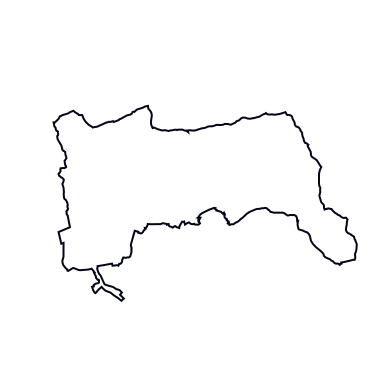 Cozmeni, Harghita, Romania, rotated 254°
{"feature_id": "2599482B88715743642246", "entity_name": "Cozmeni", "entity_type": "district", "adm_level": 2, "iso_a3": "ROU", "parent_name": "Romania", "parent_adm1": "Harghita", "projection": "mercator", "projection_center": [25.941, 46.184], "detail": "fine", "context": "isolated", "style": "outline", "palette": "ink", "viewbox_px": 384, "rotation_deg": 254, "n_neighbors": 0, "source": "geoboundaries", "source_scale": "gbopen_adm2", "svg_char_len": 6009}
<svg xmlns="http://www.w3.org/2000/svg" viewBox="0 0 384 384"><g transform="rotate(254 192 192)"><path d="M243.0,303.8L242.8,298.0L243.5,292.7L244.6,290.2L245.0,288.1L245.9,285.9L247.5,284.8L247.1,284.1L247.0,282.1L245.8,277.1L246.0,274.1L245.9,271.9L246.1,271.7L246.4,267.9L247.4,265.5L248.7,263.9L249.6,261.1L249.2,259.5L247.9,257.0L247.8,254.5L246.7,252.5L246.0,247.8L247.6,244.9L248.4,242.2L248.1,240.3L248.6,237.6L249.8,234.0L249.5,231.2L249.7,228.9L250.3,227.3L250.5,224.5L250.2,224.0L250.1,221.5L250.5,218.9L250.3,212.3L250.4,211.3L251.0,209.3L251.7,207.7L252.4,204.7L250.7,204.7L251.7,204.0L252.7,202.8L253.2,201.7L254.6,200.0L255.8,195.7L255.6,194.8L256.1,194.2L256.6,192.7L256.9,189.0L257.2,187.8L257.1,186.2L258.8,183.3L259.4,180.2L261.3,177.2L264.6,172.9L264.7,172.6L264.3,172.1L264.3,171.8L268.3,171.3L271.9,172.3L276.4,174.4L277.9,174.7L279.7,174.7L281.3,174.3L284.2,173.0L286.9,173.4L287.1,171.5L287.0,169.6L286.6,168.2L286.4,161.6L284.9,158.8L285.3,158.0L285.3,156.9L283.9,155.8L283.9,155.3L283.5,154.4L283.4,153.8L283.6,151.0L283.5,150.3L282.0,143.7L281.9,142.2L281.3,141.4L280.9,135.9L281.9,135.6L281.8,134.8L282.0,132.4L282.4,131.3L282.2,129.9L282.4,129.2L280.9,118.6L281.1,117.8L281.4,114.3L282.2,113.9L284.8,111.4L289.0,109.0L292.4,108.0L296.2,107.7L297.2,104.3L298.3,104.1L300.8,101.6L302.8,100.4L302.3,96.5L301.7,94.6L301.6,88.2L301.3,87.5L301.2,85.9L299.0,83.8L296.5,79.0L297.0,78.2L293.1,77.8L291.4,78.5L290.1,78.4L288.2,78.6L287.5,79.5L286.8,79.8L285.7,79.4L283.9,79.2L282.9,77.8L280.1,77.4L277.5,77.9L273.0,79.2L269.7,79.2L268.7,79.0L266.8,79.8L266.5,80.4L265.5,81.1L262.5,80.6L260.9,80.8L259.1,80.6L256.9,78.0L252.9,77.6L252.1,77.7L252.0,78.0L252.3,78.2L250.6,77.9L250.3,77.1L250.2,75.7L250.6,74.7L251.0,72.2L250.1,71.7L248.4,71.5L246.8,69.8L246.7,69.2L245.9,68.6L244.0,68.9L243.3,69.6L242.0,70.3L241.4,71.2L239.1,72.2L237.3,71.2L235.4,69.6L231.8,69.7L227.3,68.9L225.4,68.1L221.9,67.4L220.3,67.6L219.2,68.5L216.1,69.2L213.4,68.9L213.0,68.4L211.8,68.1L210.2,68.3L209.0,67.4L209.1,67.2L207.9,65.8L206.6,65.9L205.7,65.4L204.5,65.6L203.8,66.0L191.8,65.0L190.3,52.7L178.3,52.1L178.5,54.5L165.1,50.6L161.6,48.4L159.2,48.0L156.9,48.2L153.4,49.7L151.9,50.7L150.7,50.6L150.3,51.2L151.7,56.6L151.3,57.6L148.3,61.5L147.6,63.2L146.1,70.6L145.9,73.0L146.0,74.4L141.5,76.2L141.4,75.6L136.9,76.4L136.0,76.1L133.5,77.2L133.4,78.1L132.8,78.2L131.3,77.9L130.4,77.4L130.3,76.9L130.4,74.0L129.6,71.8L128.3,71.6L128.4,69.8L124.8,70.0L122.1,70.6L121.4,71.4L124.1,75.5L125.7,79.0L123.8,79.8L120.8,81.8L117.8,85.9L113.7,88.8L110.4,91.7L106.9,94.2L108.3,97.1L113.1,94.5L114.7,96.9L117.5,95.4L118.6,94.1L119.3,92.6L122.4,90.0L126.6,83.3L127.8,82.4L136.8,81.1L138.8,80.2L140.8,79.8L144.5,79.7L145.6,80.5L146.8,80.8L146.1,86.3L145.2,95.4L143.0,95.3L142.4,99.3L141.9,100.6L141.5,101.0L143.0,102.2L142.7,103.5L143.9,105.3L144.8,105.8L146.2,106.2L147.3,107.5L147.9,107.7L147.9,108.2L146.9,110.3L147.0,111.7L146.6,113.1L146.8,114.3L147.2,114.9L150.8,117.2L151.8,117.4L152.4,117.8L153.6,117.8L154.8,118.6L156.8,118.4L158.4,118.8L170.5,126.3L168.5,129.5L167.7,129.1L166.2,131.5L166.3,131.7L166.3,132.5L167.3,134.1L168.3,135.0L168.9,136.3L169.3,136.6L170.4,136.7L170.2,137.1L169.6,137.3L169.6,137.6L170.5,138.0L170.9,138.8L172.9,140.5L173.4,140.7L172.5,143.1L169.8,153.0L170.1,155.2L168.0,159.3L167.5,159.1L167.6,160.7L166.4,160.5L165.3,160.8L163.9,163.0L163.2,163.3L163.2,164.4L163.9,165.6L164.0,166.2L162.2,167.9L160.9,169.8L162.9,170.8L166.2,174.3L165.6,175.6L165.7,176.3L162.6,176.3L163.4,178.6L163.6,180.8L162.0,181.8L161.2,182.9L160.9,183.7L160.8,185.3L160.2,185.4L159.9,186.0L158.8,189.2L159.6,191.0L160.4,190.7L161.7,190.8L161.5,190.2L161.9,190.1L162.6,190.2L162.5,190.5L164.5,190.7L163.9,192.0L165.0,193.0L165.8,190.7L166.2,191.6L167.7,193.1L168.9,195.9L169.6,199.7L170.3,204.0L170.6,207.6L170.6,209.3L170.1,210.0L169.6,209.3L167.2,211.3L167.1,211.0L165.0,214.4L162.5,215.7L163.1,216.1L163.4,217.0L161.8,217.0L161.5,217.5L159.6,216.5L158.7,216.4L157.1,217.0L156.6,217.9L156.8,218.7L156.2,217.9L155.7,217.9L155.5,217.6L153.9,218.2L153.8,219.1L153.4,219.2L152.5,218.9L151.9,217.7L151.7,217.8L151.8,219.0L150.0,218.9L150.1,220.9L149.6,223.0L150.4,225.2L150.9,227.9L151.8,230.1L152.4,230.9L153.4,233.7L156.1,239.0L157.0,241.9L157.8,248.8L157.7,250.5L157.2,251.9L157.2,254.3L156.7,256.0L156.6,257.8L156.1,258.9L155.7,259.4L153.7,260.6L153.3,261.1L151.4,261.9L149.5,265.1L147.2,273.4L146.2,274.9L144.2,276.4L143.0,277.5L142.9,278.2L142.8,280.4L142.1,282.0L141.9,283.6L141.4,284.3L140.0,285.5L139.2,285.6L138.0,285.7L135.0,285.1L135.0,286.0L133.5,285.2L131.5,284.5L128.7,284.2L126.8,284.3L126.5,284.5L124.2,288.2L123.2,289.1L121.6,291.4L119.8,292.6L117.4,293.2L112.4,292.9L108.8,293.9L104.7,296.0L100.6,298.9L98.3,300.3L96.4,301.3L94.3,301.2L92.5,302.2L90.1,305.0L89.1,306.3L87.8,306.9L86.4,308.5L85.1,309.0L83.9,310.0L83.6,310.4L82.9,312.7L81.2,314.0L82.0,314.7L81.9,315.9L83.1,316.0L82.8,318.2L82.4,326.1L82.5,327.8L82.3,328.7L81.9,329.6L83.2,330.6L87.7,331.7L89.0,332.8L91.4,334.2L96.3,336.0L101.0,335.6L102.0,335.3L104.4,335.4L108.2,332.2L109.8,330.4L111.2,329.7L113.1,329.5L115.1,330.2L117.8,331.7L120.7,332.7L122.6,333.9L124.7,333.1L125.0,332.6L125.1,331.3L125.3,330.4L126.6,328.8L128.9,327.4L129.7,326.1L131.4,324.9L132.2,323.9L135.9,321.8L137.1,321.5L137.5,320.4L138.1,319.7L138.6,318.6L138.7,317.5L138.6,316.2L138.8,315.7L138.6,314.6L139.9,314.5L142.8,315.1L144.0,314.8L146.4,313.5L147.3,313.4L153.0,313.4L154.1,313.7L154.5,314.1L156.6,315.3L158.8,315.7L159.9,316.3L161.1,316.5L162.5,316.1L163.4,316.1L165.9,316.6L174.7,319.2L177.6,320.8L180.4,323.2L182.4,322.3L183.8,322.0L188.1,320.7L189.3,319.9L192.5,317.1L193.6,316.7L194.8,316.5L197.6,317.2L202.3,316.3L203.4,315.9L204.6,315.9L205.4,316.9L207.3,315.5L207.7,314.5L208.8,314.0L211.2,313.7L212.2,314.0L215.3,313.6L218.5,314.1L220.0,313.7L221.1,313.2L222.1,313.3L224.6,312.4L226.5,310.0L228.7,309.4L230.5,309.8L234.6,308.9L236.9,308.9L238.0,308.4L239.2,306.9L239.7,305.1L240.1,304.5L243.0,303.8Z" fill="none" stroke="#020617" stroke-width="2"/></g></svg>